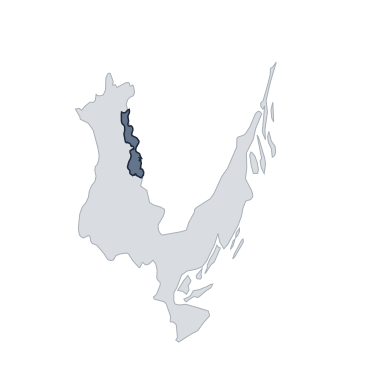 where Brodsko-Posavska sits in Croatia, rotated 252°
{"feature_id": "HRV-1602", "entity_name": "Brodsko-Posavska", "entity_type": "County", "adm_level": 1, "iso_a3": "HRV", "parent_name": "Croatia", "parent_adm1": "", "projection": "robinson", "projection_center": [17.756, 45.221], "detail": "fine", "context": "in_parent", "style": "filled", "palette": "slate", "viewbox_px": 384, "rotation_deg": 252, "n_neighbors": 0, "source": "natural_earth", "source_scale": "10m", "svg_char_len": 6123}
<svg xmlns="http://www.w3.org/2000/svg" viewBox="0 0 384 384"><g transform="rotate(252 192 192)"><path d="M56.3,130.9L58.1,133.2L70.4,136.0L73.1,134.8L74.8,132.9L74.8,131.7L75.9,131.3L80.2,133.2L93.6,132.9L96.3,131.5L101.5,123.4L103.1,122.7L104.2,123.1L104.9,125.5L106.8,127.7L113.5,133.1L116.0,133.8L118.5,132.3L121.1,131.9L128.4,134.7L134.6,135.3L139.2,133.8L137.0,129.5L136.7,127.2L137.0,125.3L140.2,123.4L140.0,122.6L136.3,119.2L136.5,118.3L144.8,114.5L152.9,112.4L154.2,110.8L155.4,103.7L155.0,99.9L151.7,96.4L151.6,94.6L152.4,92.8L153.6,91.1L160.6,89.2L170.8,85.0L173.9,81.2L175.8,80.5L181.4,81.1L182.6,80.1L181.9,74.6L182.9,73.2L185.9,71.7L190.9,72.3L195.0,73.7L205.8,78.5L211.6,83.0L214.8,88.0L219.1,91.9L224.6,94.6L228.9,98.3L232.1,103.0L236.6,105.6L242.3,106.2L246.0,107.8L247.5,110.4L250.6,112.8L255.4,115.0L262.7,116.1L281.3,117.1L289.5,114.6L295.7,108.2L298.3,108.6L306.9,106.7L306.4,110.6L303.8,112.3L306.5,116.3L309.0,122.8L307.6,126.0L309.3,128.5L314.5,131.0L313.1,131.7L311.9,133.9L311.8,137.7L316.0,141.4L327.2,145.4L330.5,148.6L330.6,150.0L330.0,150.9L321.4,151.2L318.1,149.5L317.8,152.1L314.6,153.0L316.4,162.5L315.8,165.3L314.6,166.2L312.2,165.7L311.5,166.6L312.1,168.7L309.0,168.9L304.0,167.9L301.7,166.0L301.3,162.3L299.7,159.4L295.8,156.5L287.5,156.0L277.9,153.2L271.0,154.0L264.3,152.7L258.6,156.5L255.7,156.4L249.9,151.7L248.1,151.5L243.1,153.8L241.0,154.0L232.6,151.4L229.5,151.0L227.3,151.9L223.2,151.0L213.5,144.9L207.5,149.5L195.2,148.4L191.5,151.5L187.3,157.6L183.9,160.5L181.0,159.4L177.5,156.8L171.5,149.9L168.4,148.7L164.9,148.4L161.8,149.2L160.2,150.6L157.6,169.4L157.5,174.8L164.2,179.7L172.2,188.2L174.7,189.2L176.0,192.0L179.9,207.2L183.9,212.6L197.6,225.1L203.4,233.0L221.0,248.4L228.8,251.2L230.0,252.6L230.1,258.6L230.9,260.9L236.1,267.2L246.7,276.4L247.9,278.5L248.3,280.1L247.6,281.3L244.8,282.5L232.6,272.1L223.1,266.5L212.3,255.8L197.9,251.5L188.1,246.9L175.6,249.0L171.6,249.1L168.7,248.3L166.7,245.4L166.7,240.2L160.9,235.5L153.1,231.1L145.8,225.3L131.1,209.8L128.1,204.8L135.8,202.9L144.6,203.9L135.2,197.3L121.7,184.4L117.7,178.3L117.3,171.7L118.4,162.7L116.1,156.3L105.7,148.0L101.9,143.6L94.2,141.1L90.7,141.3L88.6,144.5L87.0,151.7L73.9,170.7L68.9,170.6L63.5,161.5L58.3,154.7L57.2,147.5L53.4,132.9L56.3,130.9ZM285.5,304.9L285.6,307.0L289.5,312.3L272.3,300.5L256.2,290.8L244.8,288.5L229.2,280.8L219.0,278.0L227.4,277.4L251.4,287.7L248.8,285.0L252.2,283.9L255.2,284.7L257.1,288.0L270.6,297.1L279.2,302.5L285.5,304.9ZM98.4,181.0L98.0,183.3L95.1,180.4L93.8,175.2L90.3,166.8L89.9,164.5L91.8,162.2L91.7,159.8L89.3,152.6L91.4,151.4L92.7,151.2L93.1,156.3L94.3,159.1L97.7,162.7L96.9,168.7L97.5,177.2L98.4,181.0ZM113.9,162.3L108.0,163.6L105.3,161.3L104.6,159.5L99.8,158.9L96.4,155.2L100.5,152.4L102.8,147.9L110.6,157.2L113.9,162.3ZM206.7,262.9L199.2,263.1L192.6,262.0L189.4,260.2L190.7,256.1L198.0,256.4L209.1,258.2L211.8,260.3L210.9,261.3L206.7,262.9ZM226.2,271.5L222.8,272.1L201.6,271.6L195.4,270.4L187.2,266.3L194.1,265.4L200.5,266.3L202.5,268.6L226.2,271.5ZM131.3,200.1L130.0,201.7L118.3,191.3L117.1,187.8L111.3,180.7L110.4,178.8L115.7,183.5L117.7,183.9L122.8,188.4L127.8,194.2L133.7,199.3L131.3,200.1ZM200.2,279.1L209.0,280.8L215.5,280.0L221.3,281.0L225.9,283.8L215.8,283.2L209.7,285.1L204.4,284.0L202.4,282.8L200.9,281.3L200.2,279.1ZM131.0,224.5L131.6,226.0L128.5,225.4L117.0,212.5L115.8,210.0L119.9,213.0L131.0,224.5ZM111.1,170.1L115.9,177.8L111.4,175.4L107.5,174.5L106.6,172.8L108.1,169.9L111.1,170.1ZM245.9,292.5L252.4,296.6L233.3,291.3L237.5,290.7L245.9,292.5ZM139.7,221.5L142.8,225.9L139.8,225.0L136.7,222.2L134.9,219.3L139.7,221.5ZM133.1,216.3L133.8,218.3L128.0,214.4L125.4,210.6L133.1,216.3Z" fill="#d9dde1" stroke="#a8b0b8" stroke-width="1"/><path d="M226.1,152.3L223.2,151.1L222.5,149.7L221.9,149.2L221.4,148.9L221.2,148.6L221.2,148.4L221.3,147.8L221.4,147.7L221.5,147.5L222.7,146.4L223.0,146.2L223.7,145.6L224.3,144.8L224.5,144.6L225.1,144.3L225.4,144.3L225.8,144.3L226.4,144.2L226.7,144.0L226.8,143.8L226.8,143.6L226.6,143.5L226.0,143.0L225.7,142.7L225.8,142.5L226.0,142.3L226.2,142.1L226.3,141.9L226.3,141.7L225.9,140.7L228.0,139.2L228.5,138.9L229.2,138.8L230.0,139.0L230.4,139.3L231.0,139.4L231.7,139.4L234.1,138.4L235.8,138.4L239.9,141.0L240.7,141.7L242.4,143.5L243.3,144.2L244.5,144.9L245.9,145.4L246.6,145.5L248.1,145.3L248.8,145.4L249.8,145.6L250.2,145.8L250.4,145.9L250.5,146.0L250.6,146.3L250.6,146.5L250.6,146.8L250.6,147.2L250.6,147.3L251.2,148.4L251.4,148.6L250.9,149.4L250.7,149.7L250.9,149.8L251.7,150.1L252.5,150.2L253.1,150.1L253.4,150.1L253.6,150.0L253.8,149.9L254.0,149.7L254.1,149.3L254.2,149.1L254.2,148.6L254.2,148.4L254.3,148.3L254.6,148.2L255.8,148.3L256.1,148.3L257.2,147.9L257.6,147.6L258.1,147.1L258.3,146.8L258.4,146.6L258.5,146.4L258.8,146.2L259.2,146.1L259.3,146.1L259.4,145.9L259.1,145.6L259.1,145.4L259.0,145.1L259.2,144.8L259.4,144.6L259.6,144.5L259.9,144.3L260.2,144.2L260.6,144.2L268.3,145.2L270.2,146.4L270.3,146.5L270.8,146.8L274.0,147.9L275.0,148.0L276.5,147.9L277.1,147.7L277.5,147.4L277.7,147.1L278.0,146.9L278.6,146.8L279.9,146.6L281.6,146.9L287.4,148.7L289.8,149.7L288.7,150.9L288.4,151.2L288.3,151.6L288.2,151.9L288.2,152.4L288.2,152.9L288.3,153.5L288.6,154.3L289.7,155.8L289.7,156.2L289.9,156.9L290.0,157.8L288.9,157.7L287.7,157.3L287.2,157.1L286.5,156.7L285.8,156.0L284.7,155.0L283.9,154.4L283.0,154.1L279.7,153.8L279.0,153.5L276.8,152.2L275.7,151.8L274.5,152.0L274.0,152.6L273.9,153.3L273.9,154.0L273.6,154.7L272.7,155.1L271.7,155.3L271.3,155.3L270.7,155.3L269.8,155.1L268.8,154.7L266.1,152.6L265.4,152.3L264.7,152.3L263.9,152.6L261.1,155.6L260.3,156.2L259.9,156.4L258.6,156.7L257.2,157.2L256.7,157.2L255.8,156.9L254.9,156.2L253.4,154.5L252.3,153.2L251.0,152.1L249.6,151.4L248.1,151.3L247.0,151.8L245.3,153.4L244.3,154.0L243.8,154.0L242.8,153.9L240.4,154.2L240.0,154.3L240.3,153.9L240.7,152.7L239.6,153.2L239.0,153.3L238.4,153.2L238.8,152.8L238.9,152.5L238.9,152.1L238.6,151.7L238.2,151.5L238.0,151.8L237.9,152.1L237.8,152.3L236.2,152.8L235.4,152.8L234.7,152.5L234.3,152.2L232.7,151.3L231.8,151.0L230.0,149.9L229.1,151.7L228.9,151.9L226.6,152.1L226.1,152.3Z" fill="#64748b" stroke="#1e293b" stroke-width="1.5"/></g></svg>